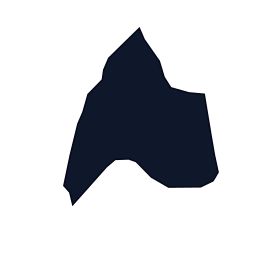 the district of Dongdaemun-gu, Seoul, South Korea, rotated 334°
{"feature_id": "91817680B25965069984368", "entity_name": "Dongdaemun-gu", "entity_type": "district", "adm_level": 2, "iso_a3": "KOR", "parent_name": "South Korea", "parent_adm1": "Seoul", "projection": "orthographic", "projection_center": [127.054, 37.571], "detail": "fine", "context": "isolated", "style": "filled", "palette": "ink", "viewbox_px": 256, "rotation_deg": 334, "n_neighbors": 0, "source": "geoboundaries", "source_scale": "gbopen_adm2", "svg_char_len": 525}
<svg xmlns="http://www.w3.org/2000/svg" viewBox="0 0 256 256"><g transform="rotate(334 128 128)"><path d="M181.9,43.3L141.3,56.8L131.7,65.1L126.1,73.4L106.8,80.3L94.4,94.1L84.8,102.3L64.1,127.2L45.1,151.7L47.5,160.3L44.7,172.7L58.6,167.0L91.7,153.4L102.7,150.6L115.1,156.1L120.6,161.7L127.5,182.4L138.6,198.9L167.5,212.7L181.3,212.7L185.5,210.0L189.6,207.2L193.7,190.6L199.3,171.3L211.3,131.1L197.9,123.0L184.1,110.6L182.7,98.2L185.4,81.7L181.3,55.5L181.9,43.3Z" fill="#0f172a" stroke="#020617" stroke-width="1.5"/></g></svg>